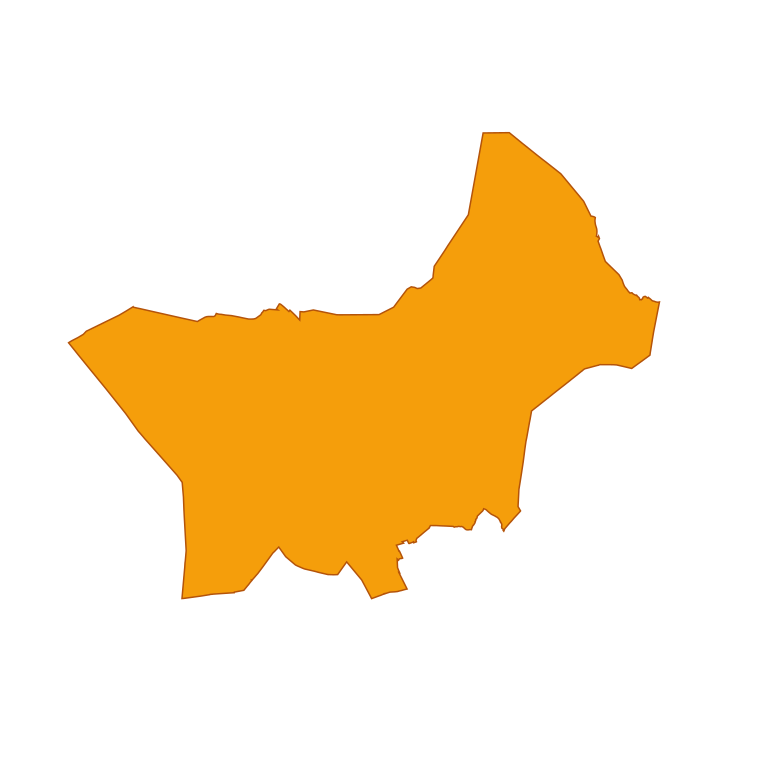 Losser, Overijssel, Netherlands, rotated 241°
{"feature_id": "6326949B82961432295226", "entity_name": "Losser", "entity_type": "district", "adm_level": 2, "iso_a3": "NLD", "parent_name": "Netherlands", "parent_adm1": "Overijssel", "projection": "natural_earth1", "projection_center": [6.987, 52.3], "detail": "fine", "context": "isolated", "style": "filled", "palette": "amber", "viewbox_px": 768, "rotation_deg": 241, "n_neighbors": 0, "source": "geoboundaries", "source_scale": "gbopen_adm2", "svg_char_len": 5955}
<svg xmlns="http://www.w3.org/2000/svg" viewBox="0 0 768 768"><g transform="rotate(241 384 384)"><path d="M322.2,664.7L322.6,663.5L322.7,663.2L323.1,662.7L323.8,661.8L324.2,661.4L325.3,660.5L325.8,659.9L326.3,659.5L326.6,659.1L327.0,658.9L329.7,658.0L330.7,657.5L331.3,657.3L331.4,657.2L331.5,657.2L331.4,656.7L331.3,656.4L331.4,656.1L331.6,656.0L332.0,655.9L332.4,655.9L332.6,655.8L332.9,655.5L333.1,655.4L333.3,655.3L333.7,655.2L333.9,655.1L334.0,654.9L334.1,654.4L334.4,654.0L334.4,653.9L334.3,653.5L334.3,652.7L334.2,652.6L334.1,652.4L333.6,651.8L333.2,651.5L333.1,651.2L333.2,650.7L333.2,650.4L332.9,650.0L332.9,649.9L333.7,648.8L333.8,648.5L335.0,649.0L336.3,648.8L336.7,648.6L338.1,648.2L338.8,648.1L338.7,648.0L338.8,647.9L338.9,647.7L339.2,647.5L339.9,647.0L341.2,646.0L342.4,645.4L342.9,645.2L343.4,645.2L343.6,645.1L344.0,644.1L344.3,643.2L346.6,642.6L348.1,642.4L348.6,642.4L352.0,641.8L352.7,641.7L355.0,641.9L357.0,642.2L359.3,642.7L365.6,642.5L366.0,642.4L380.5,638.0L383.9,637.0L389.5,637.9L397.0,639.2L399.9,639.6L405.2,640.5L406.6,642.7L406.8,643.0L408.0,643.1L409.2,643.3L408.5,642.5L408.9,642.2L409.5,642.0L410.3,641.4L411.0,642.1L412.3,643.0L414.0,644.1L414.9,644.5L415.4,644.8L416.8,645.3L417.6,645.5L420.6,646.1L421.1,646.3L422.1,646.6L423.0,647.0L423.8,647.3L424.2,647.5L424.6,647.7L425.4,648.2L426.6,649.1L427.1,649.5L427.8,649.2L428.6,648.6L429.6,647.6L430.0,647.1L430.6,646.4L447.0,647.2L482.0,640.6L497.8,634.0L502.9,631.8L503.3,631.6L510.0,628.8L527.3,621.7L543.1,615.4L555.5,592.4L491.1,539.8L474.1,507.0L471.3,501.9L466.6,492.8L462.6,485.0L455.1,479.6L454.1,479.0L453.4,478.4L453.0,478.1L452.3,474.8L450.8,466.6L450.1,462.7L451.4,459.3L453.6,457.7L455.8,454.9L455.7,450.2L448.6,434.3L446.5,429.7L447.1,413.3L456.1,396.8L465.8,379.1L466.9,377.2L467.5,376.2L483.0,358.1L485.9,348.9L488.0,345.7L480.8,341.3L482.2,340.9L486.6,339.8L491.3,338.4L492.2,338.1L494.2,337.5L493.5,336.0L497.6,334.6L499.5,334.0L501.6,333.2L504.0,332.2L504.8,331.3L501.9,326.3L500.3,327.0L505.0,319.9L505.2,319.1L505.5,316.1L506.7,314.6L505.8,312.9L505.4,311.5L505.0,310.9L504.3,309.9L503.6,304.4L503.6,303.2L504.2,301.2L505.3,299.1L506.5,297.0L510.6,292.2L512.9,289.6L517.8,283.7L521.2,278.7L523.7,275.6L524.6,274.2L525.5,273.0L527.0,271.5L525.6,269.5L525.5,267.9L528.1,263.3L528.8,261.7L529.2,259.9L529.2,253.0L529.1,251.1L531.8,248.0L532.0,247.8L540.3,238.4L542.8,235.6L548.4,229.3L555.8,221.0L568.3,207.0L570.0,205.0L572.8,201.9L573.2,202.0L572.8,193.4L572.6,185.6L574.5,149.3L574.4,148.9L573.2,145.1L573.0,138.5L573.2,132.1L573.1,129.0L573.0,128.1L572.5,128.2L557.3,130.8L538.9,134.1L525.6,136.5L515.7,138.3L483.6,143.7L461.9,146.2L454.9,147.7L452.2,148.2L431.6,152.8L404.5,158.8L395.8,159.8L382.4,153.8L370.3,147.7L365.0,145.1L334.2,130.2L330.0,127.4L325.4,124.3L324.1,123.3L320.5,121.0L294.3,103.3L293.6,104.8L287.3,121.0L284.2,129.6L284.3,129.8L284.1,130.3L283.9,130.8L283.5,131.5L283.3,132.0L283.2,132.4L274.1,151.8L274.5,152.0L274.5,152.3L271.5,161.4L273.6,166.6L273.8,167.2L274.2,168.3L275.2,170.5L275.5,171.1L275.5,171.3L276.2,172.9L276.3,173.0L276.7,173.1L276.3,173.4L276.7,174.2L277.1,175.4L278.7,179.7L279.4,181.7L282.6,188.9L286.8,197.9L290.0,204.7L290.8,207.7L291.1,208.5L292.4,212.9L289.3,213.3L280.6,214.3L268.7,218.8L268.1,219.2L266.8,220.1L262.5,223.4L261.4,224.3L260.8,224.8L254.4,231.9L252.7,233.7L251.2,235.2L244.5,242.6L243.8,243.8L242.9,245.3L241.5,247.6L240.9,248.8L239.9,250.8L239.8,251.1L246.5,265.1L223.4,269.5L205.1,269.2L202.3,269.1L201.0,277.5L200.9,278.0L200.8,278.4L200.6,280.3L200.4,281.7L200.2,282.5L200.5,282.5L200.3,283.3L200.1,283.3L199.1,288.3L196.9,292.9L195.9,295.3L195.3,298.1L195.1,298.4L194.2,302.3L193.5,304.8L211.8,305.6L211.3,306.1L216.8,306.8L224.6,310.7L224.3,310.8L223.7,311.0L222.8,311.3L223.0,311.6L223.3,311.9L223.6,312.8L223.4,313.4L223.3,313.9L222.9,314.7L222.7,315.3L222.7,315.9L227.3,316.3L230.4,316.5L230.5,316.1L237.0,316.7L235.3,324.0L235.7,323.9L236.4,323.7L237.2,323.4L236.5,326.8L236.4,327.4L236.1,328.6L232.7,328.4L232.3,328.6L231.7,332.3L231.7,333.2L231.3,333.0L230.7,333.0L230.4,335.2L230.3,335.3L230.3,335.9L231.5,336.1L231.9,336.4L232.8,337.5L233.0,337.7L233.1,337.9L233.4,339.6L234.5,345.2L235.0,347.6L236.0,353.1L236.1,353.3L236.2,353.6L236.3,353.7L236.2,353.9L236.3,354.0L236.9,354.7L237.7,356.0L234.7,361.3L233.7,362.9L232.8,364.3L228.9,370.7L225.9,375.5L224.8,376.0L224.4,377.6L223.7,378.7L223.6,379.3L223.5,379.5L223.5,379.8L223.2,380.5L222.3,381.5L222.0,382.2L221.9,382.5L221.7,382.9L220.5,383.8L218.8,384.4L217.8,384.7L217.0,385.1L216.6,385.4L216.3,385.8L215.7,386.7L215.2,387.9L215.1,388.4L214.9,388.8L214.5,389.3L214.2,389.8L214.3,389.9L214.8,390.5L215.1,390.7L216.2,392.0L216.4,392.1L216.6,392.4L217.1,393.4L217.1,393.8L217.4,394.0L217.6,394.7L218.1,395.7L219.0,396.8L219.2,397.0L219.6,397.0L219.9,397.8L220.0,397.9L220.3,398.2L221.2,398.6L221.3,399.7L222.1,400.7L222.8,401.2L223.2,401.6L225.2,408.9L225.4,409.3L226.6,410.7L225.1,412.0L224.7,412.2L224.3,412.5L224.1,412.6L223.4,412.7L223.1,412.8L221.4,413.4L220.3,413.8L218.1,414.7L217.5,415.1L215.1,416.8L214.3,417.3L214.2,417.3L212.5,418.4L212.0,418.6L210.8,418.9L210.1,419.1L207.7,419.1L206.8,419.1L206.8,418.9L205.8,419.0L204.9,419.1L204.1,418.9L203.4,418.6L202.4,417.8L201.8,417.5L200.6,417.2L198.9,418.0L198.6,417.7L198.2,417.2L197.2,417.4L197.8,418.2L198.3,418.7L198.3,418.8L198.8,419.3L199.5,421.2L201.5,426.6L202.2,428.8L203.7,432.8L205.2,437.4L206.5,441.2L206.8,441.9L211.8,441.8L221.9,448.1L226.4,450.9L232.5,455.7L239.3,461.0L248.4,468.0L254.9,472.8L258.2,475.2L265.2,480.5L267.5,482.5L269.8,484.4L275.7,489.2L280.0,492.7L282.1,494.5L288.9,500.0L291.1,513.4L293.3,526.5L294.1,531.2L294.1,531.3L295.9,542.6L298.8,559.7L300.0,566.7L298.5,572.7L297.4,577.2L296.8,579.6L296.5,580.5L296.3,582.0L296.2,582.4L295.5,583.5L291.6,590.6L289.5,594.2L287.9,596.7L282.6,602.6L277.5,608.2L280.3,630.6L282.2,632.0L292.4,640.0L292.7,640.2L299.0,645.2L322.2,664.7Z" fill="#f59e0b" stroke="#b45309" stroke-width="1.5"/></g></svg>